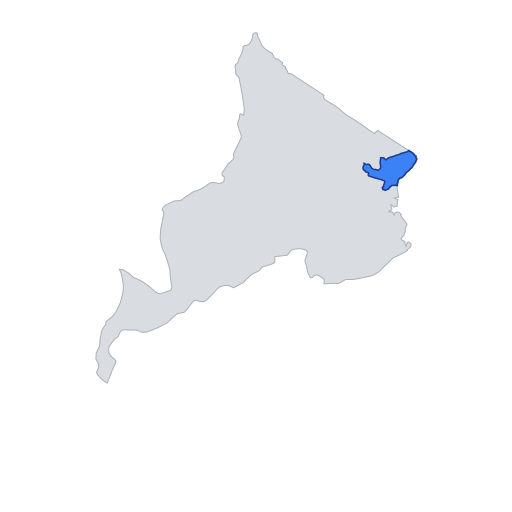 Ocean, Sud, Cameroon shown in context, rotated 213°
{"feature_id": "32672807B78470526928215", "entity_name": "Ocean", "entity_type": "district", "adm_level": 2, "iso_a3": "CMR", "parent_name": "Cameroon", "parent_adm1": "Sud", "projection": "mercator", "projection_center": [10.17, 2.882], "detail": "fine", "context": "in_parent", "style": "filled", "palette": "blue", "viewbox_px": 512, "rotation_deg": 213, "n_neighbors": 0, "source": "geoboundaries", "source_scale": "gbopen_adm2", "svg_char_len": 6324}
<svg xmlns="http://www.w3.org/2000/svg" viewBox="0 0 512 512"><g transform="rotate(213 256 256)"><path d="M132.1,343.2L133.0,340.6L140.1,328.7L144.4,309.6L146.5,305.1L148.5,302.1L158.7,291.9L162.5,288.7L168.1,285.0L172.0,277.5L173.3,276.7L175.1,276.1L183.8,269.7L184.6,270.9L185.2,272.5L185.8,273.2L188.7,273.7L192.6,273.6L194.9,273.2L196.1,271.9L197.3,268.4L198.0,267.7L198.9,267.5L203.2,270.0L210.2,276.9L212.0,278.2L212.8,279.5L214.3,285.8L215.2,287.4L216.7,288.1L219.5,287.6L222.3,286.5L224.8,284.9L227.3,282.8L229.0,280.9L229.7,279.5L230.1,274.4L230.6,273.3L239.8,265.8L239.6,265.1L238.1,263.0L236.7,260.7L238.1,258.3L239.5,256.4L244.9,250.2L245.2,245.7L249.4,238.6L251.9,229.3L251.9,227.4L257.5,217.1L263.3,216.2L265.6,214.7L268.2,212.2L269.8,209.8L270.6,207.5L271.2,203.1L272.2,198.2L272.9,193.8L274.6,189.7L277.6,187.7L282.6,186.0L283.4,185.2L284.1,182.5L284.9,173.5L285.7,169.5L290.4,165.1L292.5,158.1L294.4,150.7L299.7,141.8L306.0,132.9L308.9,130.6L311.4,129.5L314.2,129.3L316.1,128.7L322.9,124.3L325.7,122.8L327.7,121.2L328.3,119.9L328.5,118.0L327.8,113.4L329.0,110.0L329.7,104.8L329.9,100.7L329.7,99.3L328.4,96.9L326.4,94.4L323.0,92.9L318.4,92.5L315.9,91.5L315.1,86.9L314.7,83.9L311.6,68.3L317.5,68.4L324.6,70.2L326.3,71.6L327.3,77.0L329.8,80.0L334.3,82.5L337.1,87.6L338.2,95.4L340.7,100.0L341.2,100.7L344.7,109.5L345.0,113.5L344.6,116.2L346.1,119.6L343.9,125.4L343.3,128.9L343.1,133.8L344.3,142.5L346.4,149.3L348.6,154.7L351.1,158.9L355.1,163.6L359.4,167.8L363.4,170.5L359.7,172.1L352.5,172.3L348.4,171.4L346.4,171.3L344.4,171.9L336.7,172.7L329.0,172.3L321.8,171.2L317.4,171.4L314.1,174.0L311.3,177.9L308.8,180.9L309.7,184.3L311.6,186.2L315.3,190.4L318.6,194.4L320.3,197.1L327.0,203.0L333.4,208.2L336.4,210.0L337.6,210.4L341.1,213.4L345.9,218.4L350.3,226.1L356.5,241.6L357.9,242.9L360.0,243.7L360.3,245.4L360.1,247.8L359.4,249.7L354.4,257.8L350.1,261.0L348.8,262.8L347.2,267.5L343.2,276.7L341.5,278.0L337.6,284.2L334.4,292.0L333.6,293.2L332.3,294.2L327.7,296.1L326.2,297.1L323.9,299.6L323.6,301.1L324.6,303.4L325.9,305.1L328.3,305.2L329.6,306.8L329.6,318.9L328.5,320.8L328.5,321.6L328.0,323.7L327.9,326.0L328.2,326.9L329.1,327.7L330.4,329.3L331.1,333.0L332.6,346.1L333.3,348.1L334.6,349.6L338.6,352.4L342.8,356.1L344.2,358.5L344.9,362.5L346.6,365.6L346.5,366.6L345.9,367.0L343.2,367.3L344.1,369.6L346.3,373.5L357.0,385.6L367.4,396.3L369.8,397.1L371.6,397.4L372.4,398.0L373.3,399.5L376.8,403.5L377.4,405.7L376.6,407.9L377.4,411.3L378.0,412.5L377.8,413.6L378.2,417.7L379.1,421.2L380.7,424.3L380.4,426.4L378.5,427.6L377.3,429.6L377.0,432.4L377.5,435.8L379.1,439.8L379.1,442.1L376.6,443.7L373.9,440.9L370.8,439.1L366.3,435.9L361.7,434.7L355.7,434.5L353.1,434.9L348.7,432.3L347.3,431.9L345.3,433.0L344.0,433.1L342.3,432.7L338.9,432.7L338.6,430.8L338.0,430.5L334.4,430.7L333.2,429.1L332.8,429.3L331.3,428.8L328.4,426.6L325.3,428.1L318.9,427.9L286.5,427.8L285.7,425.8L284.1,424.7L281.2,424.6L272.6,425.1L266.0,424.7L261.6,423.9L256.1,423.5L249.3,423.8L242.4,423.8L230.0,423.2L223.1,423.3L223.3,424.6L222.8,425.5L222.5,427.6L178.5,427.6L174.9,426.1L173.8,425.2L173.5,423.4L172.7,423.2L173.3,415.5L174.8,409.1L175.4,403.2L177.5,397.9L176.4,392.7L175.1,390.4L168.5,382.9L171.5,380.1L167.5,380.5L166.6,377.7L164.7,374.4L165.9,373.9L167.0,372.1L170.7,372.6L170.6,371.8L167.4,369.0L167.7,367.6L169.0,366.0L168.4,365.3L166.1,367.0L164.5,366.9L163.2,365.9L162.3,365.7L162.9,367.8L161.6,369.7L160.4,370.4L158.4,370.3L156.7,369.8L156.3,368.7L154.7,367.9L150.3,366.5L146.6,364.8L145.8,360.3L144.4,358.4L143.7,356.1L143.4,353.6L143.9,349.7L143.0,349.1L141.9,348.9L140.3,349.1L138.8,348.9L137.0,346.7L135.5,345.9L136.5,349.9L135.4,351.0L132.7,350.6L131.6,349.1L131.3,348.0L132.6,343.3L132.1,343.2Z" fill="#d9dde1" stroke="#a8b0b8" stroke-width="1"/><path d="M187.4,382.7L187.3,381.9L186.4,381.5L186.1,380.9L185.7,380.7L184.8,381.4L183.4,381.4L183.1,382.1L182.9,382.3L182.3,383.1L181.3,384.4L181.4,385.1L181.2,386.0L181.4,386.9L180.8,387.5L180.9,388.1L180.3,389.4L178.6,390.4L178.5,390.5L177.4,391.5L176.1,391.7L175.9,391.8L175.8,392.0L176.0,392.5L176.3,392.8L176.5,393.3L176.7,393.6L176.9,393.7L177.0,394.0L176.7,393.8L176.8,394.2L177.3,395.5L178.0,396.6L178.2,397.2L178.4,397.7L178.3,397.9L178.2,397.9L178.0,398.1L178.1,398.5L177.9,398.8L177.8,399.2L177.9,399.4L177.8,399.6L177.7,399.7L177.5,400.1L176.9,400.7L176.4,401.3L176.3,401.5L176.2,402.1L176.1,402.3L176.1,402.5L176.0,402.8L175.9,403.1L175.9,403.7L175.9,404.1L175.9,404.3L175.7,404.3L175.5,405.0L175.4,405.7L175.5,406.3L175.7,406.9L175.7,407.0L175.5,407.4L175.3,407.8L175.2,408.0L175.2,408.5L175.1,409.1L174.7,409.7L174.6,409.9L174.7,410.1L174.6,410.4L174.3,410.9L174.2,411.8L174.1,412.0L174.1,412.9L174.0,413.1L173.9,413.4L173.8,413.8L173.7,414.3L173.5,414.6L173.4,415.5L173.5,416.2L173.4,416.6L173.6,417.6L173.5,417.9L173.6,418.5L173.6,418.8L173.4,419.2L173.3,419.4L173.5,420.4L173.5,421.0L173.4,421.4L173.4,421.6L173.4,421.8L173.6,422.0L173.7,422.4L173.8,422.9L173.7,423.3L173.7,423.6L174.1,424.7L174.2,425.1L174.3,425.1L174.8,425.3L175.0,425.4L175.3,425.5L175.5,425.9L175.9,426.0L176.0,426.2L176.0,426.7L176.1,426.9L176.3,426.9L176.6,426.6L177.0,426.7L177.2,426.8L177.4,426.9L178.0,427.0L178.6,427.3L178.8,427.4L179.0,427.3L180.0,427.6L180.5,427.8L180.7,427.7L180.8,427.4L180.9,427.2L180.9,427.4L181.1,427.7L181.5,427.8L182.5,427.8L182.7,427.7L182.9,427.7L183.1,427.8L183.4,427.8L183.8,427.4L184.0,427.4L184.3,427.4L184.4,427.5L184.5,427.7L184.8,427.9L185.4,427.5L185.5,427.5L185.5,427.1L185.7,426.1L185.8,425.9L187.3,424.3L188.0,423.4L188.1,423.2L189.9,421.5L191.2,419.3L191.3,419.1L192.0,418.3L192.3,417.7L193.0,417.3L194.7,414.8L197.4,411.7L197.5,411.6L198.5,410.0L199.1,408.0L199.2,407.5L200.6,407.6L202.3,407.9L204.0,407.0L204.9,406.3L204.2,404.8L202.9,402.1L201.7,400.6L200.1,399.0L199.4,396.9L199.8,395.4L200.2,394.8L200.7,394.2L202.0,393.9L202.9,393.8L203.1,393.5L203.4,393.1L205.0,392.6L206.7,392.7L207.3,392.9L208.8,393.7L210.5,394.4L211.9,394.2L213.3,392.8L215.8,392.6L215.1,391.7L215.0,390.5L214.5,388.5L213.8,387.6L212.8,386.8L211.5,387.1L211.0,387.0L210.6,386.4L209.8,386.3L207.5,387.0L207.0,387.1L206.6,386.8L206.4,385.9L206.0,385.0L205.5,384.7L205.4,384.6L204.6,384.7L198.9,386.2L194.4,387.7L191.6,388.5L191.3,388.5L188.6,388.9L188.2,387.8L187.8,386.3L187.5,384.7L186.8,383.5L187.4,382.7Z" fill="#3b82f6" stroke="#1e3a8a" stroke-width="1.5"/></g></svg>